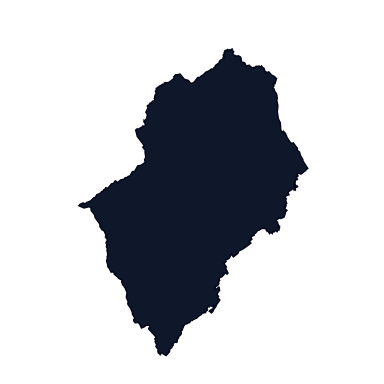 Lao Khwan, Kanchanaburi, Thailand (orthographic projection), rotated 43°
{"feature_id": "78962969B77063732556274", "entity_name": "Lao Khwan", "entity_type": "district", "adm_level": 2, "iso_a3": "THA", "parent_name": "Thailand", "parent_adm1": "Kanchanaburi", "projection": "orthographic", "projection_center": [99.659, 14.592], "detail": "fine", "context": "isolated", "style": "filled", "palette": "ink", "viewbox_px": 384, "rotation_deg": 43, "n_neighbors": 0, "source": "geoboundaries", "source_scale": "gbopen_adm2", "svg_char_len": 6029}
<svg xmlns="http://www.w3.org/2000/svg" viewBox="0 0 384 384"><g transform="rotate(43 192 192)"><path d="M118.6,279.2L123.9,277.3L126.4,273.4L127.7,272.5L128.8,272.4L131.0,274.3L135.9,275.0L138.8,276.8L146.6,278.3L148.3,280.1L151.9,280.9L153.9,280.4L154.9,280.6L159.0,282.4L158.9,283.0L159.6,283.1L159.5,284.0L162.9,284.6L163.7,287.7L165.1,288.3L167.2,290.7L168.8,291.2L169.9,293.0L170.8,293.3L173.8,296.0L174.1,297.3L175.2,298.0L176.5,300.6L180.2,302.8L181.4,304.1L183.8,304.3L187.5,305.8L187.8,304.7L191.4,304.2L191.4,305.1L196.2,304.8L197.0,305.2L201.1,304.1L202.0,305.9L203.2,306.1L204.5,307.3L205.3,307.0L208.9,307.9L213.2,309.9L215.8,313.8L220.1,315.7L221.4,317.7L226.5,318.9L230.5,320.7L231.8,322.0L236.1,323.1L236.4,325.0L237.2,326.0L239.6,326.4L241.7,324.0L244.1,324.4L247.8,325.9L248.9,323.6L249.4,321.0L250.8,319.1L251.7,318.6L252.9,319.0L253.4,321.3L254.0,321.7L265.1,322.6L265.0,324.8L266.9,325.5L267.1,326.6L270.4,327.8L270.9,329.5L272.8,330.0L274.4,329.8L275.5,331.6L277.2,332.7L278.6,332.3L279.7,332.7L279.6,331.3L278.8,331.1L279.3,329.6L281.5,330.0L284.6,329.2L284.5,324.3L283.3,322.7L283.0,321.4L283.4,319.8L282.7,318.4L282.8,317.0L281.3,315.5L282.2,313.0L283.0,312.8L283.4,311.9L281.7,309.5L281.6,307.7L280.8,307.1L281.1,304.0L280.5,302.6L278.8,301.2L279.0,299.3L278.5,299.0L277.2,295.3L277.0,293.3L278.3,291.6L278.3,290.3L279.3,289.2L278.7,287.0L279.9,285.6L279.8,284.8L281.3,281.1L281.6,280.0L281.2,279.3L282.3,275.3L282.1,273.7L283.9,271.2L283.3,271.2L283.5,270.3L282.7,270.3L282.7,269.7L283.4,269.7L283.8,268.2L282.9,267.6L283.0,267.1L281.6,266.8L282.4,264.2L282.8,264.1L282.1,263.0L283.6,262.5L283.4,262.2L284.5,261.6L285.6,259.9L285.5,261.6L287.4,262.6L286.4,264.5L285.9,267.3L288.7,267.1L288.8,265.3L288.0,263.2L287.4,258.9L286.9,258.5L286.1,252.4L285.4,251.8L283.2,252.2L282.5,250.2L280.2,250.0L279.4,247.6L279.3,245.2L278.1,244.2L277.6,244.4L277.2,243.4L276.5,243.3L276.1,246.2L274.9,247.3L273.7,245.2L273.6,244.1L274.3,243.9L274.5,241.7L273.7,240.2L272.4,240.0L272.6,237.9L271.1,237.2L270.7,236.2L271.7,233.4L271.6,229.9L270.9,229.5L271.7,228.4L273.6,228.1L273.7,226.8L268.1,224.6L268.3,223.4L264.1,222.5L264.3,219.7L263.6,219.6L262.9,218.2L263.0,217.6L263.5,217.6L263.4,216.6L264.0,216.5L264.3,214.9L263.1,210.5L266.5,211.2L267.4,205.5L266.4,203.6L268.1,198.8L269.6,191.4L269.7,190.4L269.2,190.3L269.7,189.2L267.8,189.3L267.9,185.6L265.9,185.1L266.0,183.3L266.9,181.4L266.1,181.3L266.5,177.9L266.2,175.5L267.1,174.1L267.6,170.9L268.2,171.0L268.9,169.3L269.6,169.6L270.4,168.4L272.8,169.3L273.5,169.4L273.5,168.8L276.4,169.3L275.9,168.8L276.1,168.1L277.4,168.4L277.8,167.4L279.0,167.6L278.4,165.7L278.6,165.1L279.3,165.0L279.3,162.9L281.2,163.0L280.6,160.9L281.5,160.6L280.2,158.2L278.7,158.4L278.9,157.7L278.2,158.1L278.3,157.4L276.7,156.9L275.1,155.7L274.1,156.0L272.7,155.1L273.6,151.5L275.0,150.8L276.4,147.6L274.6,143.7L273.8,143.7L274.0,140.8L270.9,140.9L270.7,139.1L269.6,139.0L270.0,137.8L268.9,137.6L269.1,135.9L265.6,133.8L265.7,132.8L263.6,132.2L263.4,130.6L264.8,127.8L262.3,126.9L262.6,125.3L262.2,124.3L263.0,123.8L263.4,120.7L264.9,120.2L265.3,120.9L266.3,120.1L264.5,118.5L265.6,116.1L264.9,115.9L264.5,116.9L264.0,116.6L262.9,118.3L262.1,117.7L263.1,116.3L262.4,115.9L261.8,116.8L260.5,115.7L261.1,115.0L259.5,112.9L260.5,110.9L258.3,110.2L258.6,107.9L256.6,107.3L257.2,105.4L259.3,104.7L259.7,104.0L260.1,99.7L260.6,98.9L260.0,98.5L260.6,95.8L252.2,93.7L250.9,92.7L246.1,91.2L243.3,89.4L241.3,89.7L239.8,89.2L239.3,88.2L232.5,87.0L231.8,88.6L230.0,88.7L224.2,87.3L222.0,86.2L221.0,86.4L220.8,85.6L219.0,85.3L218.5,85.6L217.5,85.2L217.0,86.9L214.6,86.1L209.4,81.2L205.1,79.5L199.6,75.1L196.0,70.4L191.4,67.1L190.7,65.6L188.6,63.8L186.6,62.5L183.5,61.9L181.8,60.7L180.0,61.1L179.7,58.7L178.9,58.6L178.9,57.7L177.7,57.4L177.8,56.1L178.7,55.9L176.3,51.3L175.2,51.6L173.7,51.3L170.5,52.2L166.1,51.8L165.3,54.4L164.4,53.6L162.6,53.9L160.4,52.4L158.3,52.8L157.0,52.4L156.9,53.3L155.6,53.9L153.1,56.5L153.4,58.4L152.3,58.6L152.3,59.3L150.0,60.7L149.8,60.3L147.4,60.3L145.8,62.6L145.0,63.0L144.5,62.5L143.4,62.8L143.6,62.0L142.2,61.7L141.8,62.7L141.2,62.2L140.2,63.0L139.2,62.7L139.1,63.3L138.5,62.9L138.3,62.0L137.1,61.9L137.2,61.1L135.5,60.2L133.0,60.8L132.8,61.5L132.0,61.8L131.8,63.1L131.3,63.3L131.2,62.9L130.8,63.2L130.5,62.7L129.0,63.6L127.2,62.8L126.9,61.1L125.7,61.1L124.8,60.5L124.4,60.9L123.8,60.2L123.0,62.4L122.0,62.6L122.2,63.8L120.9,63.8L121.1,64.4L120.6,64.3L119.7,66.6L120.4,66.9L120.5,67.6L120.9,67.3L120.5,68.0L121.3,68.6L121.4,70.3L123.1,71.0L122.7,71.3L123.4,71.5L123.1,72.4L124.4,73.2L123.8,73.6L122.8,76.8L123.3,77.2L123.1,78.1L123.8,78.7L122.9,83.4L123.2,84.3L123.8,84.7L123.3,86.3L123.8,87.6L122.3,88.9L121.6,92.6L120.5,94.6L120.2,99.8L119.6,100.8L119.8,102.5L118.1,104.4L118.7,110.2L118.1,112.1L116.9,113.5L113.3,112.9L109.6,114.8L102.7,113.9L101.8,115.8L100.1,117.4L100.1,120.3L101.5,120.6L100.4,127.4L98.9,129.7L98.2,129.8L97.4,131.1L97.9,132.0L97.7,133.0L97.1,133.2L96.3,136.6L95.9,136.7L96.1,138.5L95.4,139.1L95.6,139.9L95.2,140.6L96.4,141.6L96.3,142.8L96.9,143.5L99.0,144.3L98.7,145.4L99.4,147.3L100.5,148.5L100.5,149.2L102.1,149.8L102.3,151.4L101.5,151.9L102.2,152.6L101.3,153.3L101.6,153.9L100.8,155.6L101.2,158.4L100.5,159.0L100.7,159.7L103.0,160.4L102.7,161.4L103.9,165.1L105.5,165.3L108.0,167.2L107.7,167.8L108.6,168.5L108.9,170.7L108.7,172.3L108.1,172.3L108.9,173.4L111.6,174.1L112.3,175.1L112.4,176.9L111.0,177.1L111.3,179.2L110.8,179.5L109.8,182.9L108.8,183.2L108.6,185.1L114.2,188.7L125.3,190.6L125.5,192.8L129.4,193.3L130.2,194.6L134.4,198.0L135.5,201.0L137.3,201.9L137.5,202.7L136.5,207.2L134.5,210.0L136.0,215.7L134.6,218.0L135.7,222.5L134.7,224.1L134.7,225.5L133.4,227.1L133.6,228.6L133.2,229.6L131.6,231.8L131.3,236.2L129.6,235.8L128.3,236.3L128.8,239.2L127.6,240.8L127.9,246.3L127.4,247.1L126.0,247.7L126.5,249.3L126.0,250.6L126.4,251.9L125.6,253.5L125.9,254.7L125.3,256.9L124.3,258.8L124.9,262.0L124.1,263.4L124.0,267.6L122.2,271.5L122.1,273.5L119.8,274.3L118.6,277.1L118.6,279.2Z" fill="#0f172a" stroke="#020617" stroke-width="1.5"/></g></svg>